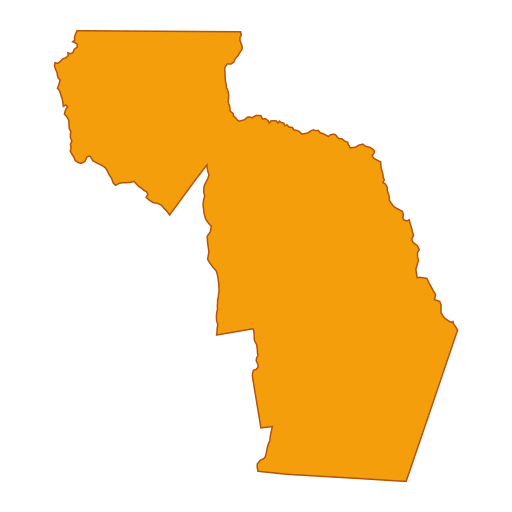 Araputanga, Mato Grosso, Brazil (Robinson projection)
{"feature_id": "56859067B59934411010082", "entity_name": "Araputanga", "entity_type": "district", "adm_level": 2, "iso_a3": "BRA", "parent_name": "Brazil", "parent_adm1": "Mato Grosso", "projection": "robinson", "projection_center": [-58.498, -15.266], "detail": "fine", "context": "isolated", "style": "filled", "palette": "amber", "viewbox_px": 512, "rotation_deg": 0, "n_neighbors": 0, "source": "geoboundaries", "source_scale": "gbopen_adm2", "svg_char_len": 3919}
<svg xmlns="http://www.w3.org/2000/svg" viewBox="0 0 512 512"><path d="M385.2,183.7L383.0,182.7L384.3,179.7L383.2,177.4L382.9,174.0L381.9,170.9L381.0,167.1L380.7,162.0L377.3,160.2L375.2,159.1L373.3,157.8L372.2,155.5L373.9,153.5L374.5,151.0L372.2,148.7L369.4,147.2L365.2,146.2L362.9,144.1L360.6,144.7L358.3,145.4L355.8,147.1L353.1,147.5L350.3,147.8L348.4,144.6L347.6,142.2L344.8,141.2L341.9,138.8L339.2,138.8L337.4,137.2L335.9,135.1L333.7,134.1L330.2,134.9L328.5,136.5L325.5,134.9L322.3,133.4L319.8,132.5L318.4,130.4L315.9,130.7L313.3,129.9L310.5,131.0L308.0,132.9L305.2,133.5L301.9,134.1L299.4,131.6L296.9,130.4L294.1,130.1L292.4,127.5L288.9,127.0L287.0,124.9L284.8,125.6L283.8,123.2L281.2,122.5L279.3,121.1L278.0,123.1L276.2,120.8L273.7,120.8L270.8,120.9L269.2,123.2L268.0,120.5L265.1,118.6L262.5,119.1L260.9,115.6L256.1,115.4L252.2,117.7L249.3,116.9L247.0,117.4L244.8,119.6L242.2,120.4L239.2,121.2L237.0,119.7L235.6,117.7L233.5,115.9L233.0,113.3L230.3,111.3L229.7,106.8L228.1,101.7L228.6,98.0L228.7,95.0L228.0,91.2L226.4,87.3L226.2,84.3L225.4,81.2L225.3,78.4L225.0,75.5L225.0,72.0L224.6,69.1L225.4,66.4L227.3,64.0L231.0,64.0L233.6,62.3L235.3,58.7L238.1,55.6L240.1,52.1L242.0,49.3L242.2,46.5L241.1,43.7L240.0,40.6L240.0,37.3L241.3,35.2L240.6,31.8L77.0,30.7L75.3,34.6L74.5,37.6L74.7,40.2L72.7,41.8L74.9,42.7L77.0,44.0L77.3,47.0L74.2,49.3L72.8,52.8L70.2,53.7L67.9,52.8L68.2,55.6L65.9,57.7L62.4,59.1L59.8,62.0L57.4,63.4L55.1,62.6L54.4,65.8L55.6,69.4L57.0,72.4L57.4,75.2L58.1,77.9L60.1,79.9L58.9,84.6L57.4,88.2L59.6,90.8L61.1,95.8L62.3,99.2L62.9,102.7L63.3,106.4L65.8,105.0L67.7,106.8L65.6,109.7L64.4,114.0L66.9,116.8L68.8,120.5L69.0,125.0L69.3,128.8L70.9,131.4L70.4,134.8L70.4,137.5L71.9,141.0L70.4,144.4L71.1,148.2L70.2,150.9L71.9,154.1L73.9,157.3L75.3,160.7L78.2,162.6L80.9,163.3L83.1,162.6L85.0,161.3L86.0,159.0L87.3,156.6L90.1,156.2L91.7,158.7L92.9,160.8L95.7,162.3L98.1,163.6L100.3,164.6L102.8,166.0L105.2,167.6L107.2,170.6L108.9,174.4L111.5,178.2L113.2,182.9L115.5,185.3L119.4,183.3L122.7,182.7L125.9,182.7L130.2,182.5L133.9,181.4L135.6,183.1L138.6,186.4L141.8,188.4L143.8,190.3L146.5,191.8L147.9,194.5L146.1,197.3L149.1,200.0L153.1,202.6L157.3,203.3L161.6,205.3L163.9,208.3L165.6,209.9L168.2,212.9L169.6,215.0L193.5,182.5L196.3,178.7L207.0,164.8L207.2,168.2L207.8,171.5L209.0,175.1L207.7,178.8L206.2,181.7L204.4,185.2L203.9,187.7L203.7,192.2L204.7,195.9L203.7,199.4L203.0,204.4L204.1,213.7L205.6,218.9L208.4,223.2L211.3,226.2L210.3,231.8L207.2,236.3L207.5,241.8L208.2,247.0L208.9,251.9L207.6,259.3L209.7,262.7L212.6,266.8L216.3,271.0L217.9,276.8L218.2,279.9L218.8,284.0L219.1,290.5L218.6,293.9L218.2,297.5L217.6,299.9L217.6,302.8L217.3,305.9L217.5,308.8L216.5,314.1L216.4,317.3L216.6,320.9L217.9,324.7L217.1,328.4L217.0,332.5L216.6,335.0L252.9,328.8L253.9,331.5L254.2,335.7L254.3,340.0L256.7,344.9L257.3,349.4L257.4,352.6L258.0,355.6L256.6,357.8L256.2,360.8L258.0,364.6L258.0,367.2L256.2,369.4L253.4,370.3L252.5,373.4L252.4,376.4L260.9,427.9L272.3,426.6L271.8,429.1L270.3,436.1L269.9,440.8L268.7,443.1L267.5,446.5L266.4,452.4L265.3,456.8L263.6,458.6L260.2,460.3L257.3,463.9L257.2,467.2L258.0,471.3L286.2,474.2L291.8,474.6L363.8,478.8L398.4,481.0L406.3,481.3L407.0,478.8L410.9,467.5L414.4,457.1L426.8,420.8L429.7,412.3L437.8,388.3L454.2,340.0L457.6,330.1L456.0,327.4L453.7,324.1L453.0,321.5L450.9,322.3L448.2,320.6L444.4,317.9L442.7,315.6L440.9,312.4L441.0,309.3L441.1,304.9L439.7,301.4L434.5,299.7L435.6,294.6L432.9,290.3L431.2,286.7L429.1,283.2L426.9,278.4L420.0,277.3L417.3,277.8L416.4,273.0L415.8,269.5L417.0,265.4L417.6,263.0L418.7,260.1L417.6,257.8L417.4,252.9L419.2,249.6L417.5,245.9L412.9,242.2L411.7,239.0L413.6,235.3L412.4,231.7L411.7,228.5L409.8,222.5L409.2,219.8L406.9,220.9L404.0,220.1L402.8,217.8L403.3,214.7L402.4,211.4L398.3,209.2L395.2,207.5L393.1,205.8L391.0,202.8L389.4,200.3L389.2,196.9L388.6,194.3L387.3,190.7L387.3,187.4L385.2,183.7Z" fill="#f59e0b" stroke="#b45309" stroke-width="1.5"/></svg>